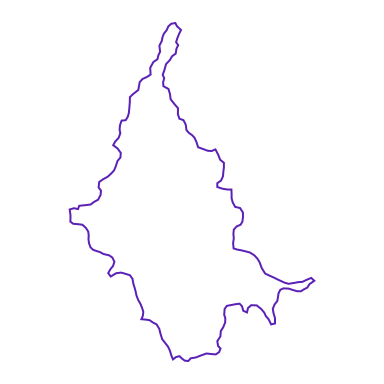 Aricanduva, Minas Gerais, Brazil (Albers equal-area conic projection)
{"feature_id": "56859067B1049377795144", "entity_name": "Aricanduva", "entity_type": "district", "adm_level": 2, "iso_a3": "BRA", "parent_name": "Brazil", "parent_adm1": "Minas Gerais", "projection": "albers", "projection_center": [-42.597, -17.855], "detail": "fine", "context": "isolated", "style": "outline", "palette": "violet", "viewbox_px": 384, "rotation_deg": 0, "n_neighbors": 0, "source": "geoboundaries", "source_scale": "gbopen_adm2", "svg_char_len": 2955}
<svg xmlns="http://www.w3.org/2000/svg" viewBox="0 0 384 384"><path d="M181.0,29.9L177.0,26.3L175.3,23.0L171.2,23.8L168.4,26.3L166.7,30.1L163.8,33.8L162.5,37.2L161.8,40.9L159.4,45.7L160.1,51.7L158.3,55.5L157.5,59.2L153.4,62.0L150.2,67.8L150.6,74.6L147.0,76.9L142.5,79.0L139.7,82.1L138.9,86.6L138.3,90.0L133.4,93.8L129.9,97.1L129.8,102.2L129.3,108.6L128.8,113.3L127.7,116.9L125.7,120.2L121.6,120.6L120.0,125.2L119.6,129.6L120.3,133.3L118.6,137.9L115.3,141.4L113.2,145.2L117.4,148.3L120.8,152.9L120.4,157.5L117.5,161.0L115.6,166.8L114.0,170.5L111.1,173.6L107.6,176.8L103.5,179.0L99.2,182.0L98.6,187.4L101.0,190.7L100.6,194.9L98.1,199.7L93.9,202.0L90.7,204.5L85.8,205.1L79.2,205.8L78.0,209.1L74.0,208.2L69.7,209.5L70.5,215.4L70.4,221.7L73.3,223.8L77.2,224.1L82.3,224.7L85.8,227.8L88.2,231.5L88.7,235.1L88.5,239.1L89.0,243.2L90.5,247.3L93.1,249.8L96.8,251.1L100.0,252.1L103.4,254.0L109.1,255.3L112.3,257.5L114.4,261.7L113.1,265.9L110.3,269.4L108.2,273.1L110.7,276.5L116.2,273.2L121.2,272.6L125.4,273.8L129.9,275.2L132.5,278.8L133.4,283.9L134.7,288.0L135.6,291.4L136.5,295.6L138.2,299.9L140.7,304.4L142.1,308.0L143.3,311.7L142.9,315.7L141.4,319.2L145.7,319.6L149.6,320.2L153.1,322.6L156.6,324.4L159.3,328.9L160.5,333.8L162.2,339.2L165.1,342.9L168.0,346.6L169.9,350.6L171.3,355.4L173.0,359.4L176.1,357.0L179.5,356.2L182.1,358.7L184.9,360.7L188.3,361.0L190.7,358.3L195.7,357.5L201.1,355.4L206.6,353.5L211.8,354.1L215.8,354.4L219.1,352.1L220.5,348.5L218.1,346.0L217.3,341.2L220.4,336.4L220.8,331.1L223.3,327.1L225.2,322.3L225.3,318.1L224.2,314.8L224.6,309.0L226.8,305.9L230.3,305.2L235.6,304.2L239.6,303.7L242.0,306.3L243.3,310.8L247.0,312.4L248.0,308.0L251.3,305.2L256.7,305.4L261.2,309.0L264.3,312.7L265.8,316.0L268.6,319.2L271.1,324.4L275.0,323.5L275.0,318.2L273.5,313.1L272.8,308.8L274.6,304.4L277.3,301.0L277.9,297.5L278.5,293.4L280.3,289.8L283.3,288.4L288.6,288.6L292.9,290.0L297.0,291.2L300.8,291.3L303.8,289.4L307.2,287.7L309.5,284.1L314.3,280.8L311.2,277.9L306.7,279.8L302.3,281.9L298.5,282.1L294.8,282.8L288.6,283.8L284.6,282.7L281.6,281.3L278.3,279.8L273.7,277.5L269.2,275.5L265.2,273.6L261.8,268.2L259.6,262.3L257.4,258.6L254.3,255.3L249.9,252.5L244.6,251.1L240.3,250.1L236.9,249.5L233.6,248.4L233.1,243.2L233.8,238.2L233.4,233.9L233.8,229.6L236.7,226.4L240.6,224.7L242.4,221.6L243.0,216.8L242.9,212.4L240.0,208.0L235.2,206.9L232.7,202.4L231.6,198.2L231.6,193.6L231.4,189.5L227.2,189.5L222.4,188.7L217.3,187.0L217.3,183.2L221.1,180.5L223.0,176.2L223.4,171.2L223.9,167.7L223.9,162.8L220.2,159.8L218.2,154.7L215.4,149.4L211.7,151.0L207.9,150.8L202.7,148.9L198.1,147.2L196.4,141.9L194.5,137.7L191.9,135.0L188.9,132.9L186.4,130.0L185.8,124.8L183.5,120.2L179.4,118.7L177.9,114.2L178.0,108.2L174.2,103.8L170.6,99.2L170.0,94.2L168.5,89.0L163.4,86.2L163.1,82.3L164.2,78.2L162.7,74.8L164.3,70.4L166.0,64.2L170.0,59.9L172.0,56.3L175.7,53.6L176.5,48.5L178.2,45.2L176.1,42.2L177.3,38.3L179.0,34.1L181.0,29.9Z" fill="none" stroke="#5b21b6" stroke-width="2"/></svg>